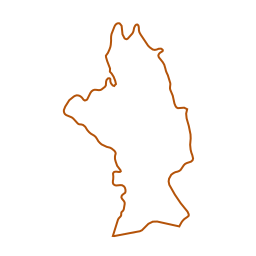 an SVG outline of Olt, rotated 352°
{"feature_id": "ROU-126", "entity_name": "Olt", "entity_type": "County", "adm_level": 1, "iso_a3": "ROU", "parent_name": "Romania", "parent_adm1": "", "projection": "orthographic", "projection_center": [24.399, 44.334], "detail": "fine", "context": "isolated", "style": "outline", "palette": "amber", "viewbox_px": 256, "rotation_deg": 352, "n_neighbors": 0, "source": "natural_earth", "source_scale": "10m", "svg_char_len": 2790}
<svg xmlns="http://www.w3.org/2000/svg" viewBox="0 0 256 256"><g transform="rotate(352 128 128)"><path d="M99.3,233.1L98.0,232.8L105.2,217.6L106.1,216.3L108.5,214.4L109.1,213.4L109.5,211.2L109.9,210.4L111.7,209.1L112.5,207.9L114.1,202.9L114.3,201.6L114.0,200.2L112.1,197.0L111.8,195.6L112.5,194.0L113.7,193.1L116.2,191.7L116.7,190.5L116.9,188.9L116.7,187.0L116.0,185.4L114.3,183.9L112.6,183.5L108.5,183.3L107.4,183.0L106.4,182.3L105.6,181.3L105.4,180.1L105.7,178.2L106.2,176.8L106.7,174.0L106.8,171.8L106.9,170.9L107.5,170.1L108.2,169.6L109.4,169.5L110.8,169.7L112.4,170.2L113.9,170.4L114.8,169.9L114.7,168.8L112.0,163.9L111.1,159.5L110.8,156.8L111.1,154.5L111.6,153.0L112.2,151.8L112.2,150.4L111.4,148.7L109.0,146.1L107.5,145.0L104.3,143.7L99.6,140.6L98.2,139.0L96.8,137.0L95.7,134.3L94.7,132.3L93.4,130.8L90.5,128.5L88.9,126.7L87.4,124.4L85.8,120.8L84.0,118.8L82.3,118.0L80.8,117.7L79.5,117.2L78.5,116.0L75.1,111.0L73.7,109.6L68.6,106.6L67.4,105.3L66.9,103.9L66.8,102.6L67.0,101.3L68.8,98.1L73.7,92.3L78.7,89.3L80.0,88.8L81.7,88.5L83.1,88.8L84.5,89.4L85.7,90.4L86.7,91.6L87.9,93.8L88.9,94.7L89.9,94.7L91.5,94.1L95.6,88.1L96.9,86.7L98.5,85.8L99.9,85.5L101.5,85.7L104.5,86.5L105.9,86.5L107.1,86.2L110.9,84.0L112.0,82.7L112.8,78.9L113.5,77.4L115.1,76.1L116.3,76.1L117.0,76.5L117.3,77.2L117.0,79.0L117.1,80.2L117.4,81.4L118.1,82.7L119.0,83.9L120.2,84.5L121.1,83.6L122.2,82.8L121.9,79.5L120.9,75.3L119.4,71.9L117.9,69.7L118.5,66.6L116.7,58.8L116.1,54.8L116.2,53.3L118.6,50.8L120.6,47.6L121.8,45.3L122.5,43.3L123.4,39.3L123.7,36.8L124.1,34.7L124.8,32.6L128.4,26.2L129.3,24.8L130.4,23.7L131.8,23.0L132.9,22.9L134.2,23.2L135.2,24.7L135.9,26.0L135.6,34.5L137.1,38.8L138.0,39.5L139.1,39.9L140.3,39.4L145.5,35.0L146.3,33.9L146.9,32.8L148.1,29.5L149.5,27.5L150.6,26.8L151.8,26.9L152.5,27.9L152.7,29.4L152.6,31.0L152.4,32.7L152.6,34.8L153.5,37.2L159.3,49.2L160.8,51.2L163.4,53.7L165.4,54.4L167.4,54.3L169.4,53.8L171.7,54.0L172.7,54.8L173.3,55.7L173.2,56.4L172.6,56.9L170.3,57.9L169.2,58.7L168.5,59.6L168.1,60.6L168.4,62.3L171.6,67.7L172.7,70.4L173.3,74.5L173.5,76.6L173.9,78.4L174.8,81.3L176.1,89.5L176.0,90.7L175.4,93.0L175.1,94.6L175.2,96.1L176.8,102.2L177.4,110.2L178.1,112.9L178.9,114.4L180.2,115.3L186.4,115.7L189.2,117.6L187.6,121.8L187.5,123.7L187.4,126.6L188.5,134.5L189.0,143.1L188.6,147.1L187.2,153.3L187.0,158.2L187.3,161.2L187.9,163.9L188.2,167.3L187.4,169.0L185.7,170.1L181.3,170.9L179.6,171.5L178.1,172.6L174.3,176.8L172.9,177.6L171.1,178.1L168.8,178.3L166.7,179.0L164.3,180.3L161.6,183.9L160.8,186.6L161.0,190.0L165.1,200.4L169.7,209.8L175.3,219.1L176.1,221.9L175.9,223.3L174.7,224.2L171.1,226.0L169.3,227.4L167.9,228.8L165.2,232.4L165.1,232.6L143.9,224.7L139.5,224.2L134.9,225.7L127.6,231.2L125.3,231.9L122.5,232.0L99.3,233.1Z" fill="none" stroke="#b45309" stroke-width="2"/></g></svg>